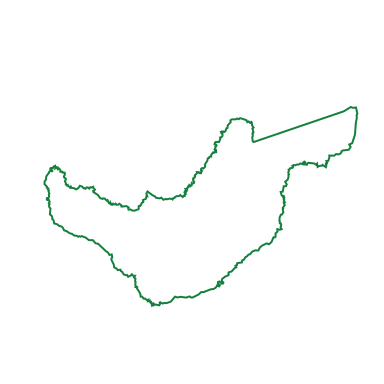 San Alberto, Cesar, Colombia, rotated 13°
{"feature_id": "7082276B88825999787077", "entity_name": "San Alberto", "entity_type": "district", "adm_level": 2, "iso_a3": "COL", "parent_name": "Colombia", "parent_adm1": "Cesar", "projection": "albers", "projection_center": [-73.5, 7.834], "detail": "fine", "context": "isolated", "style": "outline", "palette": "green", "viewbox_px": 384, "rotation_deg": 13, "n_neighbors": 0, "source": "geoboundaries", "source_scale": "gbopen_adm2", "svg_char_len": 6037}
<svg xmlns="http://www.w3.org/2000/svg" viewBox="0 0 384 384"><g transform="rotate(13 192 192)"><path d="M283.1,197.1L283.7,194.1L284.7,193.7L285.6,191.3L284.4,188.7L284.6,187.6L284.0,187.2L285.3,183.8L283.9,182.1L284.8,181.1L283.5,180.2L283.7,179.0L282.9,178.4L283.3,177.1L282.3,176.8L282.6,175.4L282.1,175.2L281.6,175.9L280.0,174.9L278.4,172.0L280.3,171.2L280.1,165.8L282.3,165.1L282.6,163.3L280.5,161.0L282.4,158.5L282.7,155.9L282.1,153.6L282.5,153.0L281.4,151.3L281.6,149.5L281.1,148.4L282.1,147.8L282.3,146.8L284.5,145.8L284.9,144.9L283.9,143.9L285.0,142.9L286.7,142.7L288.3,141.5L290.0,141.2L291.1,139.8L294.4,140.0L293.7,138.3L294.8,137.1L295.4,137.4L296.1,139.3L297.2,139.8L297.9,139.5L298.0,138.1L298.8,137.4L305.0,136.7L306.7,137.6L307.5,136.2L308.8,139.3L309.8,138.2L313.0,136.9L313.2,136.2L316.9,137.7L317.0,136.3L316.0,134.3L316.2,133.8L317.0,134.0L317.2,133.4L316.0,131.6L317.7,131.1L318.1,127.6L317.6,125.6L322.4,124.6L323.9,122.5L325.9,122.6L327.7,121.5L328.6,120.0L328.5,118.7L329.5,117.7L335.3,115.5L336.4,112.4L334.5,110.3L337.1,108.5L337.9,99.4L336.1,87.8L335.9,82.5L335.1,80.1L335.5,78.5L332.8,72.8L329.8,73.8L327.6,73.5L321.8,79.2L240.9,129.4L239.8,129.0L238.4,125.2L238.7,123.7L237.9,121.9L238.4,120.9L239.1,121.0L237.9,120.3L238.3,119.6L236.6,116.6L237.5,115.4L235.7,113.8L234.8,111.5L234.1,111.5L234.5,110.7L234.1,110.3L232.7,111.4L231.4,110.5L230.2,111.5L228.9,109.8L223.3,109.2L221.9,109.5L221.3,110.5L219.3,110.3L218.4,111.3L214.6,112.2L213.3,113.5L214.0,115.2L211.9,118.9L212.1,121.7L211.2,122.2L210.9,125.1L210.2,126.1L209.3,125.9L208.9,126.5L207.7,126.2L207.6,126.7L206.7,127.0L207.5,128.2L208.6,128.3L209.1,130.4L208.3,132.0L207.1,132.6L207.6,133.4L207.2,137.1L203.9,137.9L203.2,139.0L203.3,140.5L204.6,140.3L205.5,141.1L204.5,142.8L205.0,143.5L204.4,145.5L205.1,146.2L206.1,145.9L206.6,147.7L204.1,148.5L204.7,149.8L203.9,148.7L203.5,149.0L202.4,151.2L202.7,153.1L201.9,153.2L200.9,154.2L200.9,155.1L199.8,155.7L199.9,158.0L198.4,162.4L199.1,163.9L198.9,164.9L197.6,166.7L196.5,166.4L195.7,167.3L195.9,168.8L197.0,169.3L196.3,170.5L196.6,171.6L195.0,171.9L194.1,171.1L192.3,171.5L192.8,172.3L191.0,175.2L191.6,176.0L191.3,177.2L190.4,177.7L190.6,178.8L190.1,179.1L190.8,181.2L191.8,181.4L191.8,182.9L190.4,183.8L189.8,183.5L190.2,185.6L189.3,186.2L188.4,185.9L188.7,186.7L187.4,186.5L187.0,187.5L187.4,188.0L186.2,189.5L186.7,189.9L186.4,190.7L185.1,190.7L185.6,191.4L185.0,193.0L186.3,192.7L185.8,193.6L186.1,194.6L185.5,194.8L186.2,195.6L185.4,196.2L185.8,197.5L184.6,197.8L184.1,199.0L181.2,197.6L180.1,199.0L178.2,199.4L176.6,200.7L176.5,201.4L175.1,202.3L174.8,203.6L174.1,203.2L171.4,203.6L169.1,204.8L167.8,204.7L165.9,206.0L163.3,204.4L161.9,205.5L158.3,205.8L157.2,204.7L154.5,204.1L148.5,201.5L147.9,203.9L149.4,206.3L148.6,206.4L148.6,209.0L146.1,210.8L146.8,212.9L145.6,213.7L144.8,217.1L143.8,217.2L143.2,217.9L143.9,220.2L143.5,221.0L140.0,223.2L137.7,223.5L135.9,222.8L134.2,223.5L133.4,222.1L133.7,221.3L132.3,220.8L131.3,220.5L127.2,221.9L126.9,221.5L126.4,221.8L125.8,220.6L123.8,219.8L123.0,220.9L121.3,221.3L120.6,220.8L120.6,221.4L118.4,221.4L117.6,222.3L116.7,222.4L116.9,221.4L115.6,221.9L114.9,220.9L114.9,221.9L113.5,221.5L111.5,218.9L110.9,219.6L108.3,218.0L106.9,218.2L106.5,218.8L104.0,218.7L101.1,216.1L95.9,214.2L95.5,213.3L96.2,213.0L96.9,211.5L94.7,210.1L94.5,209.2L92.9,210.3L91.8,210.2L91.0,211.8L89.4,211.0L88.2,211.3L87.4,212.8L86.5,212.4L85.8,212.8L83.5,211.4L81.3,211.2L80.4,213.7L78.6,215.5L76.1,214.8L72.8,215.2L73.1,214.4L72.6,213.9L72.1,214.7L70.1,214.2L69.4,213.1L68.7,213.8L67.3,213.0L67.3,212.1L65.7,210.0L66.3,208.1L65.7,207.1L64.2,206.7L63.7,205.6L64.2,203.5L63.6,201.8L61.5,202.2L61.1,201.4L59.2,201.9L59.0,200.6L58.0,199.6L57.4,199.7L57.1,199.2L56.3,199.9L55.7,198.5L55.1,199.2L54.3,198.6L53.6,199.4L53.7,198.2L52.8,198.3L52.6,197.4L51.4,198.4L51.1,200.0L49.3,200.2L48.7,200.8L48.8,201.8L50.9,202.4L51.1,203.2L50.6,203.4L49.4,202.9L48.3,204.4L48.4,205.3L46.8,208.7L46.5,210.3L47.0,212.4L46.1,214.7L46.4,217.4L49.5,219.5L49.5,220.4L51.2,220.8L51.0,221.9L52.2,222.6L52.0,223.6L53.4,225.7L53.1,226.7L53.8,228.8L53.3,230.4L52.1,230.5L52.0,231.5L52.8,232.4L54.3,231.9L55.5,233.6L54.9,235.0L56.0,235.8L55.6,237.0L56.4,238.9L57.8,239.9L58.6,245.8L60.4,246.5L61.8,248.6L61.9,249.8L63.4,250.6L64.8,253.6L68.0,253.8L70.5,255.1L71.6,254.8L73.7,255.4L76.0,258.1L78.9,258.4L81.9,259.7L84.6,259.8L87.0,260.9L89.5,260.6L91.2,261.2L92.2,260.4L93.5,260.6L94.5,259.8L98.6,260.3L102.4,262.1L106.1,261.2L109.7,263.7L112.1,263.5L121.4,269.0L123.7,269.8L125.7,271.9L127.8,270.9L129.0,273.5L128.4,275.2L129.1,276.7L131.9,280.0L133.2,283.0L135.6,283.5L137.3,284.8L139.8,283.8L140.5,285.1L141.8,285.4L144.1,287.7L146.4,288.0L147.5,287.5L148.9,289.0L151.3,287.0L151.9,285.7L153.7,286.9L155.3,286.5L154.8,288.4L156.4,289.1L156.5,291.4L157.3,292.4L157.6,295.3L158.3,295.9L158.3,297.3L160.0,297.0L160.2,298.5L163.1,301.2L164.7,303.2L165.5,305.5L167.0,305.2L168.9,306.8L170.3,306.4L172.6,307.6L173.6,306.8L173.7,308.2L175.2,307.3L175.4,308.4L176.7,308.2L176.8,309.4L177.7,309.8L178.4,311.2L179.2,309.1L179.8,309.4L180.1,311.0L181.4,309.9L185.5,309.8L186.0,308.6L185.4,307.3L185.7,306.6L188.5,307.3L190.2,306.2L192.0,306.1L196.0,303.6L199.0,297.8L201.6,298.0L204.4,296.7L210.1,296.2L213.0,294.3L214.7,295.0L216.4,294.6L221.7,290.2L223.4,287.5L226.0,286.8L232.2,282.6L234.9,281.6L236.7,279.8L237.7,276.9L238.8,277.8L239.8,277.8L240.1,276.3L237.8,275.5L237.6,273.9L238.9,273.0L241.6,274.6L242.9,274.1L243.0,273.3L241.0,271.9L241.0,269.8L243.4,266.9L246.0,265.1L246.4,264.4L245.7,262.9L246.0,261.9L248.5,260.5L250.8,256.3L252.1,255.4L250.9,254.0L252.3,253.0L252.1,251.1L256.5,249.4L256.3,247.3L258.0,246.1L258.5,243.8L260.2,242.1L261.1,240.3L262.6,239.6L264.1,236.5L266.8,234.6L269.8,234.1L270.7,230.7L272.2,228.6L276.3,225.3L278.8,225.6L280.7,222.9L281.6,217.8L283.0,217.6L283.5,216.8L282.7,213.4L284.2,211.4L283.5,209.0L286.1,209.0L287.7,208.0L286.3,206.6L286.3,203.7L285.7,202.9L284.7,202.8L284.8,201.9L283.8,200.9L283.1,197.1Z" fill="none" stroke="#15803d" stroke-width="2"/></g></svg>